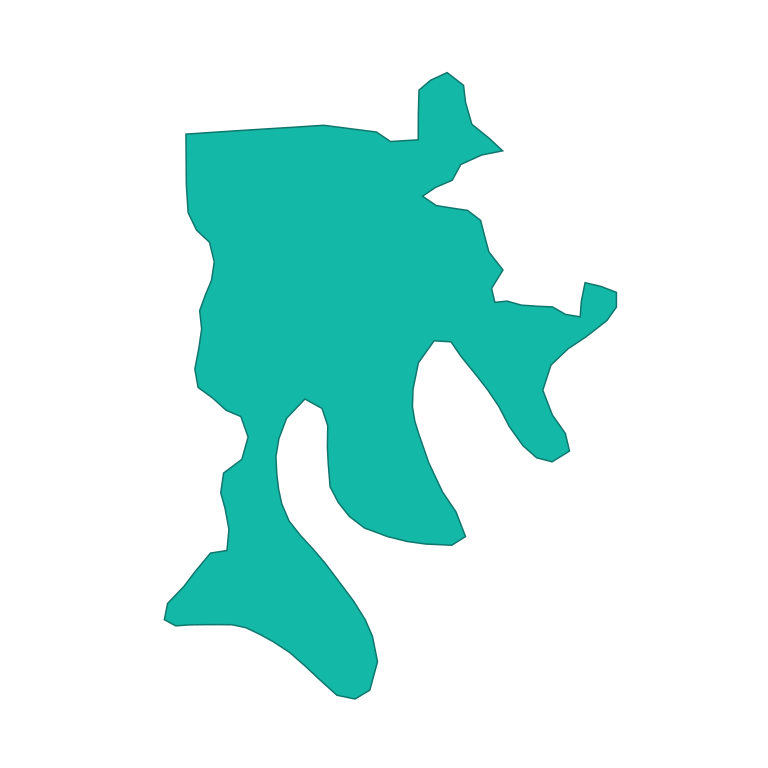 the district of Nova Erechim, Santa Catarina, Brazil, rotated 6°
{"feature_id": "56859067B80560515597810", "entity_name": "Nova Erechim", "entity_type": "district", "adm_level": 2, "iso_a3": "BRA", "parent_name": "Brazil", "parent_adm1": "Santa Catarina", "projection": "robinson", "projection_center": [-52.9, -26.913], "detail": "fine", "context": "isolated", "style": "filled", "palette": "teal", "viewbox_px": 768, "rotation_deg": 6, "n_neighbors": 0, "source": "geoboundaries", "source_scale": "gbopen_adm2", "svg_char_len": 1856}
<svg xmlns="http://www.w3.org/2000/svg" viewBox="0 0 768 768"><g transform="rotate(6 384 384)"><path d="M350.5,684.5L369.8,698.5L388.1,700.3L401.9,689.9L406.6,660.9L398.8,635.9L389.9,620.3L376.3,602.9L359.6,584.9L344.2,568.4L330.4,555.3L316.8,543.4L304.0,530.3L294.8,513.8L290.1,499.4L286.8,484.8L284.1,467.4L285.2,449.3L290.7,428.3L306.9,407.2L324.9,414.8L332.4,431.3L334.3,452.7L336.9,469.2L341.1,491.8L351.0,506.7L363.3,519.3L379.7,529.3L403.5,535.4L423.6,538.2L442.1,538.8L468.2,537.3L481.0,527.2L469.0,503.7L453.6,485.4L436.9,457.9L424.1,430.7L418.6,417.9L414.7,403.8L413.4,386.1L416.0,359.3L429.3,335.8L446.3,335.1L457.5,348.3L475.5,366.3L487.8,379.1L500.6,394.4L513.1,413.3L528.5,430.7L543.4,441.4L559.3,443.8L575.5,431.3L569.5,414.2L554.6,397.1L542.6,373.6L548.1,347.7L563.5,329.6L579.7,316.2L589.6,306.7L599.0,297.6L607.1,283.2L605.6,268.6L589.6,264.3L573.4,262.2L571.6,281.1L572.1,296.7L557.3,295.8L543.4,289.7L529.3,290.6L512.3,291.2L497.7,288.7L485.7,291.2L481.0,277.7L490.4,258.2L474.5,241.7L468.2,225.2L463.0,211.2L448.9,202.6L434.3,202.0L417.3,201.1L402.7,193.2L414.7,183.1L430.6,174.2L437.4,157.7L457.0,146.1L477.6,139.7L463.0,128.7L444.2,116.5L435.6,95.2L431.9,78.7L414.2,67.7L398.5,77.1L388.1,88.1L389.9,111.6L392.5,137.6L377.9,140.0L365.1,142.2L350.2,134.2L296.9,133.0L266.6,138.2L242.6,142.2L204.7,148.6L160.9,156.2L166.6,206.6L171.3,234.1L181.5,250.6L195.6,261.3L202.4,280.2L201.6,298.8L196.9,314.7L193.0,330.3L196.9,348.3L196.1,368.1L194.3,388.9L199.5,406.9L214.9,415.8L229.8,426.7L245.0,431.3L254.4,450.9L250.5,473.8L233.8,489.3L233.0,509.2L239.0,524.5L245.0,544.9L245.2,566.0L229.1,570.3L215.7,590.4L206.3,606.0L191.7,624.9L190.2,641.4L202.2,646.3L216.3,643.8L229.1,642.3L242.6,640.8L258.0,639.3L272.1,640.8L287.5,646.3L300.6,651.8L318.3,660.9L336.1,673.5L350.5,684.5Z" fill="#14b8a6" stroke="#0f766e" stroke-width="1.5"/></g></svg>